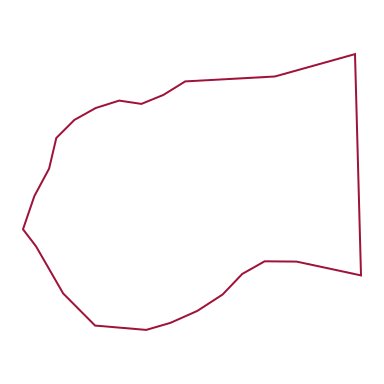 outline of Astara
{"feature_id": "AZE-1695", "entity_name": "Astara", "entity_type": "District", "adm_level": 1, "iso_a3": "AZE", "parent_name": "Azerbaijan", "parent_adm1": "", "projection": "equal_earth", "projection_center": [48.676, 38.498], "detail": "fine", "context": "isolated", "style": "outline", "palette": "rose", "viewbox_px": 384, "rotation_deg": 0, "n_neighbors": 0, "source": "natural_earth", "source_scale": "10m", "svg_char_len": 426}
<svg xmlns="http://www.w3.org/2000/svg" viewBox="0 0 384 384"><path d="M100.2,326.0L95.1,325.6L63.2,293.5L36.0,246.3L23.0,229.3L34.4,196.0L49.1,168.6L56.3,138.0L74.4,119.9L95.7,108.0L119.2,100.6L141.4,103.9L163.4,94.9L185.2,81.4L274.8,76.5L355.0,54.1L361.0,275.2L361.0,275.4L296.5,261.6L264.6,261.3L242.3,273.9L222.6,294.5L197.3,310.9L170.3,322.9L146.2,329.9L100.2,326.0Z" fill="none" stroke="#9f1239" stroke-width="2"/></svg>